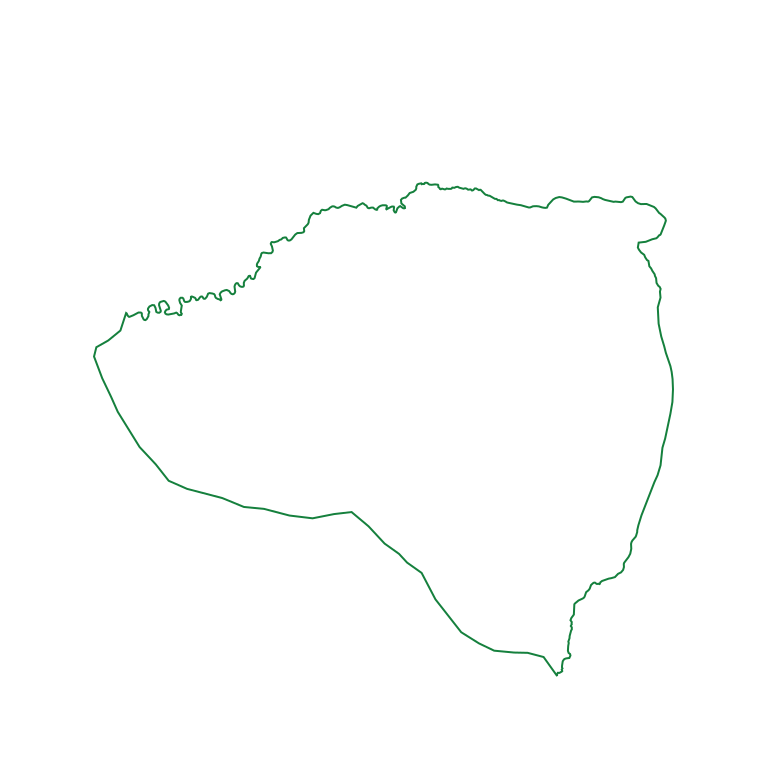 the district of Samjiyon, Ryanggang, North Korea, rotated 104°
{"feature_id": "82179303B58303989641607", "entity_name": "Samjiyon", "entity_type": "district", "adm_level": 2, "iso_a3": "PRK", "parent_name": "North Korea", "parent_adm1": "Ryanggang", "projection": "natural_earth1", "projection_center": [128.242, 41.802], "detail": "fine", "context": "isolated", "style": "outline", "palette": "green", "viewbox_px": 768, "rotation_deg": 104, "n_neighbors": 0, "source": "geoboundaries", "source_scale": "gbopen_adm2", "svg_char_len": 6159}
<svg xmlns="http://www.w3.org/2000/svg" viewBox="0 0 768 768"><g transform="rotate(104 384 384)"><path d="M551.7,318.4L558.2,301.8L580.5,282.0L606.2,249.0L612.7,229.1L616.1,212.6L613.1,192.8L610.1,179.6L610.3,163.1L625.5,145.3L624.4,145.9L622.2,145.5L621.8,143.8L620.1,142.0L619.4,141.6L618.0,142.5L616.8,142.0L615.8,142.8L614.1,143.1L609.8,143.5L608.1,142.9L607.2,142.4L606.2,140.9L605.0,137.9L602.4,137.4L601.0,138.1L600.3,139.8L598.4,141.0L593.6,141.9L590.6,142.1L589.4,142.8L585.8,142.5L583.6,142.9L577.9,142.8L576.7,142.4L574.7,142.9L573.6,144.2L571.6,143.7L570.9,144.1L569.6,144.2L568.1,145.9L565.7,145.6L561.8,144.0L551.8,146.0L551.0,145.8L547.0,142.9L544.0,139.2L542.9,138.3L541.8,137.9L537.1,137.5L534.7,135.7L532.9,134.9L529.0,134.5L526.7,133.0L525.9,132.1L525.7,131.2L526.5,129.4L526.4,128.6L525.9,127.6L526.1,126.7L525.8,126.3L524.1,126.1L522.4,124.8L518.5,118.9L517.4,116.5L515.5,113.2L511.6,111.0L509.4,108.4L506.5,107.0L503.6,106.9L500.6,107.8L499.3,107.7L492.8,104.9L489.1,104.0L484.1,104.2L479.4,105.6L477.6,105.6L475.7,105.1L471.4,102.9L470.3,102.7L466.4,102.5L464.7,102.9L459.6,103.0L449.1,102.4L413.8,97.9L406.3,96.5L396.0,96.0L378.5,98.4L368.9,98.0L343.7,98.9L331.7,99.8L319.3,102.3L309.4,105.2L302.7,107.8L297.4,110.4L285.5,118.1L279.7,121.2L270.8,126.5L259.1,132.1L243.4,136.9L233.3,136.6L227.6,138.6L224.8,138.6L223.1,140.0L222.3,141.7L220.0,144.0L215.5,145.6L213.5,147.3L212.1,147.9L209.2,151.1L207.2,152.8L205.6,155.0L200.6,157.2L200.1,158.8L197.9,161.2L195.7,162.8L194.2,166.4L192.0,169.1L190.2,170.7L185.2,171.1L182.7,164.4L178.7,158.8L176.7,155.0L175.6,154.2L173.0,152.9L172.7,152.3L172.0,151.8L162.6,150.5L157.4,150.0L155.5,151.0L154.7,152.0L152.0,157.0L151.5,158.4L147.9,162.9L146.9,164.9L145.8,172.8L147.3,178.2L147.1,181.3L146.0,184.1L142.5,188.3L142.5,190.1L144.3,194.0L145.2,194.9L149.3,196.4L150.2,198.0L151.0,203.5L151.7,205.3L151.9,214.0L151.6,216.7L151.2,217.9L150.9,220.9L151.5,225.0L152.6,227.3L157.0,229.3L157.7,230.2L157.9,231.8L159.1,234.9L159.8,239.1L161.1,243.8L160.1,252.2L159.9,256.5L160.2,259.2L162.0,262.4L164.0,264.5L170.4,268.0L173.4,268.5L174.0,269.7L174.3,271.4L174.4,273.5L174.2,276.7L174.6,279.3L175.5,282.4L177.4,285.0L177.7,286.3L177.4,294.5L177.8,298.4L178.1,307.6L178.0,309.1L177.6,309.9L177.1,312.4L177.3,313.4L177.9,314.2L178.0,315.5L177.7,316.8L178.1,318.0L177.2,319.6L177.5,321.2L175.8,327.0L176.0,328.7L175.7,329.7L175.8,331.0L175.3,332.2L172.2,337.2L172.3,337.9L172.9,338.7L172.0,342.0L172.3,343.2L174.3,344.3L175.0,345.4L174.2,347.0L175.1,349.4L174.5,351.0L174.4,352.1L174.7,353.1L175.4,354.1L175.3,358.5L174.8,360.1L175.4,361.7L176.6,363.2L176.9,365.2L178.0,365.7L178.5,366.3L179.1,368.8L179.2,370.6L180.2,371.4L180.5,372.3L180.4,374.9L181.3,376.0L181.2,376.9L180.4,377.6L179.8,378.9L177.9,379.5L177.6,379.9L178.0,382.8L179.2,386.0L179.5,387.8L179.2,389.2L178.4,390.4L178.5,392.0L179.1,393.1L180.1,393.3L180.4,393.8L180.4,394.7L181.0,395.7L180.3,396.4L181.3,398.6L182.3,399.9L184.8,400.4L186.4,400.0L187.9,400.2L190.4,402.0L192.5,405.3L195.3,406.5L198.0,408.2L198.3,409.3L199.7,411.3L201.3,412.1L204.6,410.8L206.6,406.8L208.2,406.2L208.7,406.9L208.8,407.9L207.5,411.3L208.0,412.0L210.3,413.5L214.4,413.9L214.8,414.2L214.8,415.1L213.2,416.6L210.0,417.0L209.5,417.5L209.9,419.2L210.5,420.1L213.9,423.8L213.6,424.2L211.7,424.1L210.5,424.4L210.2,425.1L210.3,426.2L210.9,428.6L212.0,430.5L213.2,431.7L215.3,433.0L216.5,432.8L216.8,433.3L216.7,434.7L215.5,437.3L216.0,439.2L217.1,441.0L217.1,441.9L216.9,442.5L215.2,444.2L214.7,446.0L213.9,447.5L213.8,448.6L217.6,452.6L219.6,453.5L219.3,462.9L219.5,465.4L221.3,467.9L223.3,469.8L224.3,471.3L224.4,473.1L223.8,474.9L223.9,476.5L224.4,477.5L226.2,479.2L227.8,480.1L229.4,482.5L229.7,483.4L229.9,486.2L231.2,487.2L233.7,487.4L235.1,488.9L235.3,490.9L235.0,493.9L238.4,496.0L242.9,496.6L245.7,496.2L247.4,496.6L252.2,499.4L255.0,498.4L256.2,498.8L257.3,500.6L258.5,504.6L260.5,506.3L266.1,508.8L267.5,510.1L267.9,511.2L267.8,512.3L265.6,514.4L265.7,515.5L266.7,517.5L268.6,518.7L269.4,520.1L271.1,521.5L273.1,524.9L273.4,527.2L273.9,527.6L275.4,527.8L277.6,526.0L281.4,524.1L282.9,524.2L284.4,525.2L285.1,527.8L285.6,532.8L286.5,534.2L287.2,534.5L290.3,534.5L292.4,535.1L294.9,535.2L297.8,536.2L299.2,536.2L300.5,535.7L300.8,534.5L300.5,532.5L300.9,532.3L306.9,535.1L312.5,535.2L313.7,536.0L313.9,537.3L313.7,538.7L311.5,540.1L311.6,540.8L312.0,541.4L314.8,542.2L317.6,544.2L319.8,544.5L322.5,543.7L323.4,543.9L323.9,544.6L324.2,546.0L324.0,547.4L323.3,548.6L321.6,550.3L321.8,551.4L322.5,552.1L324.2,552.6L325.7,552.6L330.4,550.7L331.9,550.9L333.0,551.6L333.5,552.4L333.5,553.7L333.0,554.8L331.3,556.7L330.8,559.3L331.5,560.9L333.3,563.5L334.8,564.6L336.7,565.1L341.1,562.3L341.8,562.3L342.3,562.8L341.7,564.1L341.7,565.9L341.1,567.9L340.5,568.6L338.5,569.8L337.9,570.5L337.7,572.2L338.0,575.3L338.9,576.5L342.2,577.0L344.4,578.1L344.8,578.9L344.8,579.7L343.2,581.4L343.3,582.6L344.3,583.5L347.2,584.7L348.0,586.0L347.8,586.8L346.7,587.4L346.1,588.3L345.6,591.1L345.7,592.0L346.1,592.4L348.0,591.9L350.1,592.4L350.9,593.0L351.8,594.5L352.4,596.3L352.4,597.2L351.9,597.9L349.5,599.5L349.1,600.6L349.6,602.3L351.2,603.0L352.3,602.8L354.6,601.5L356.8,599.2L362.8,598.7L363.8,598.3L364.8,597.2L366.0,597.4L366.1,598.1L366.6,598.7L366.8,599.2L366.6,600.2L365.3,601.8L365.0,602.9L366.3,604.7L368.8,610.1L369.0,611.9L368.6,613.1L367.4,614.0L366.2,613.8L364.5,613.0L363.4,610.9L362.1,610.9L360.0,612.4L357.2,615.8L356.8,616.7L356.7,617.8L358.4,620.7L359.1,621.3L360.5,621.6L362.0,621.3L367.1,618.2L368.1,618.3L369.3,619.4L369.5,621.1L369.1,622.4L365.5,624.1L363.2,626.0L363.5,628.0L365.5,630.3L367.8,631.2L368.8,631.1L369.7,630.6L370.9,629.1L373.4,629.4L375.1,629.0L378.4,629.9L379.7,630.9L379.8,631.9L379.5,632.8L376.5,635.4L374.0,636.1L373.5,637.2L374.1,639.6L377.9,643.8L380.4,647.2L380.5,647.8L379.7,649.2L377.8,650.7L377.5,651.4L395.9,652.7L408.5,662.1L417.9,672.0L427.5,672.0L446.6,658.8L462.6,645.6L475.4,635.6L504.3,605.9L517.2,586.0L530.0,569.5L533.4,549.7L533.8,513.3L537.2,490.2L534.2,470.3L534.5,443.9L531.6,420.8L522.3,401.0L516.1,384.5L525.8,364.6L538.7,344.8L545.2,328.3L551.7,318.4Z" fill="none" stroke="#15803d" stroke-width="2"/></g></svg>